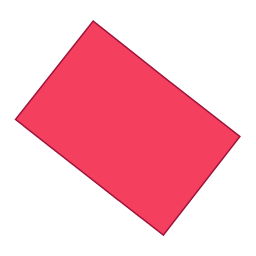 Fillmore, Minnesota, United States of America (orthographic projection), rotated 38°
{"feature_id": "52423323B25501231603720", "entity_name": "Fillmore", "entity_type": "district", "adm_level": 2, "iso_a3": "USA", "parent_name": "United States of America", "parent_adm1": "Minnesota", "projection": "orthographic", "projection_center": [-92.041, 43.674], "detail": "fine", "context": "isolated", "style": "filled", "palette": "rose", "viewbox_px": 256, "rotation_deg": 38, "n_neighbors": 0, "source": "geoboundaries", "source_scale": "gbopen_adm2", "svg_char_len": 526}
<svg xmlns="http://www.w3.org/2000/svg" viewBox="0 0 256 256"><g transform="rotate(38 128 128)"><path d="M34.7,70.3L34.1,190.5L44.6,190.5L45.3,190.6L49.9,190.6L55.0,190.6L78.5,190.7L78.9,190.7L99.5,190.7L104.7,190.7L124.3,190.7L127.9,190.7L130.5,190.7L164.5,190.8L166.6,190.7L190.4,190.7L197.2,190.6L201.8,190.6L202.4,190.6L209.1,190.6L209.5,190.6L213.8,190.6L219.8,190.6L220.2,190.6L221.1,190.6L221.9,190.6L221.8,189.2L221.4,65.8L130.7,65.9L34.7,65.2L34.7,70.3Z" fill="#f43f5e" stroke="#9f1239" stroke-width="1.5"/></g></svg>